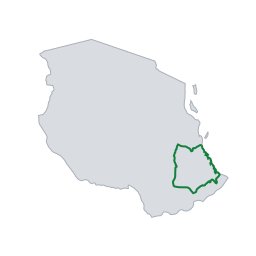 Lindi highlighted on a map of United Republic of Tanzania, rotated 346°
{"feature_id": "TZA-3387", "entity_name": "Lindi", "entity_type": "Region", "adm_level": 1, "iso_a3": "TZA", "parent_name": "United Republic of Tanzania", "parent_adm1": "", "projection": "natural_earth1", "projection_center": [38.938, -9.38], "detail": "fine", "context": "in_parent", "style": "outline", "palette": "green", "viewbox_px": 256, "rotation_deg": 346, "n_neighbors": 0, "source": "natural_earth", "source_scale": "10m", "svg_char_len": 7109}
<svg xmlns="http://www.w3.org/2000/svg" viewBox="0 0 256 256"><g transform="rotate(346 128 128)"><path d="M98.2,182.0L95.7,180.5L93.4,179.6L91.6,178.5L90.7,177.5L89.0,177.2L87.5,177.0L86.1,176.1L83.3,175.7L82.9,175.1L82.9,173.7L82.4,173.4L81.4,173.0L80.2,173.1L79.6,173.3L79.2,173.2L78.2,172.3L77.4,171.3L77.0,169.7L75.7,168.6L74.2,167.8L70.0,167.9L69.4,167.6L68.4,166.8L67.2,165.5L66.3,163.9L65.4,161.8L64.6,158.9L59.7,147.5L59.2,145.4L58.3,143.0L56.7,140.0L55.1,137.9L52.9,135.9L50.4,133.9L49.0,132.6L46.4,127.2L45.9,124.7L45.4,122.1L45.6,121.1L47.2,117.7L47.4,116.8L47.2,115.5L46.4,112.8L45.3,109.6L43.3,103.7L43.0,102.2L43.0,101.1L44.2,95.1L44.2,94.2L49.0,94.3L52.5,91.7L55.5,87.8L56.1,86.1L57.3,83.6L58.6,82.4L59.0,81.5L59.7,79.0L61.3,77.3L62.9,76.0L62.6,75.1L62.8,74.7L63.6,74.1L65.3,73.4L65.6,72.1L65.6,70.6L65.3,69.8L65.4,68.8L65.1,68.3L64.1,68.2L62.4,67.4L61.1,67.1L60.2,66.7L59.8,66.4L59.7,65.5L60.4,63.2L59.7,62.2L61.3,58.4L61.7,58.0L62.3,57.9L63.2,57.5L64.1,57.3L64.8,57.5L65.4,57.3L65.9,56.9L66.3,55.6L66.6,53.4L66.4,51.7L65.7,50.3L65.5,48.3L65.8,45.5L65.6,43.2L64.8,41.3L64.0,40.2L62.8,39.7L60.9,36.9L60.3,35.5L60.5,34.7L61.1,34.3L62.3,34.4L63.4,34.1L64.5,33.3L65.5,33.1L66.1,33.2L114.0,33.2L170.0,69.4L170.3,69.8L170.7,72.9L170.6,74.0L169.8,75.8L169.5,76.7L169.5,77.4L169.7,77.6L170.4,77.7L171.1,78.1L171.3,78.5L171.8,79.8L172.4,80.5L193.7,98.3L194.2,98.5L193.9,100.0L192.7,103.6L192.6,105.1L192.1,106.9L191.7,108.1L190.4,113.1L189.4,115.0L188.0,119.5L187.8,122.9L188.6,125.3L188.8,127.5L190.5,129.7L191.8,130.5L192.7,131.5L194.3,133.8L195.2,136.1L198.0,137.2L199.1,139.8L198.7,141.6L197.4,143.0L196.2,145.4L195.2,148.5L195.1,153.3L195.8,152.6L197.3,153.8L197.5,157.3L196.0,161.4L195.5,163.3L195.4,164.9L196.5,169.8L198.2,172.3L198.1,173.1L197.6,173.8L200.5,178.2L200.3,182.0L201.4,185.0L201.8,187.6L202.6,189.6L202.7,191.0L201.8,192.5L203.9,192.9L205.2,194.1L205.7,195.3L207.3,195.3L208.1,196.1L209.3,196.7L211.9,198.7L212.6,199.7L213.0,200.7L205.8,207.0L203.2,208.6L201.3,209.4L199.3,209.8L197.4,210.8L195.7,212.4L193.4,213.2L190.6,213.2L187.6,214.3L183.0,217.5L180.4,215.7L178.2,215.1L175.8,215.2L174.4,215.4L173.8,215.8L173.4,216.9L173.0,218.7L171.4,220.5L168.6,222.2L166.0,222.8L163.7,222.4L162.1,221.7L161.3,220.7L160.1,220.2L158.4,220.3L156.9,221.0L155.4,222.3L153.1,222.9L149.8,222.7L148.1,222.1L147.8,221.0L146.4,219.7L143.8,218.3L141.9,218.2L140.7,219.6L139.6,220.5L138.6,220.9L137.6,220.9L136.3,220.5L132.8,220.4L129.4,220.4L129.0,218.4L128.3,217.2L127.7,216.4L126.5,216.3L126.2,215.7L125.8,214.4L125.2,213.3L124.4,212.4L124.0,211.6L123.8,210.9L123.9,210.0L124.6,207.9L124.9,206.5L124.8,205.1L124.4,203.6L123.6,201.8L123.7,201.3L123.4,200.1L123.4,199.2L123.5,198.1L123.4,196.8L122.6,193.8L122.6,193.0L121.9,191.6L119.6,188.2L119.5,187.7L116.0,184.3L114.6,183.5L114.1,184.2L113.9,184.8L114.0,185.9L113.9,186.4L113.8,186.7L112.9,186.6L112.4,186.5L111.1,185.6L110.0,185.4L107.4,185.5L106.5,185.7L105.8,185.5L104.4,184.0L102.8,183.6L101.4,183.6L99.0,181.8L98.2,182.0ZM198.3,124.8L199.5,128.5L199.4,129.2L198.5,129.7L198.1,129.7L197.6,129.1L197.2,127.8L196.6,128.1L195.5,126.6L194.5,126.5L193.6,124.7L193.9,123.1L193.7,120.4L194.8,119.1L195.5,116.7L196.2,118.3L196.4,120.8L197.4,123.7L198.3,124.8ZM204.0,102.3L204.1,103.2L203.8,104.0L203.9,106.7L203.8,108.5L202.9,110.9L202.2,111.8L201.6,111.6L201.1,111.2L200.6,110.5L201.5,106.0L201.1,102.7L202.7,103.0L204.0,102.3ZM201.6,156.7L200.8,156.9L200.5,156.7L200.0,155.9L200.8,155.3L201.7,154.1L203.7,152.3L204.6,150.9L204.5,152.3L203.3,155.3L202.4,155.5L201.6,156.7Z" fill="#d9dde1" stroke="#a8b0b8" stroke-width="1"/><path d="M195.1,162.7L195.2,163.0L195.4,163.5L195.4,164.0L195.4,164.5L195.3,165.5L195.4,166.0L195.9,166.6L196.1,167.0L196.2,167.5L196.3,167.9L196.3,169.4L196.2,169.7L196.7,169.9L196.8,170.0L196.9,170.3L197.1,170.3L197.4,170.3L197.5,170.4L197.5,170.7L197.5,171.0L197.7,171.3L197.8,171.5L198.0,171.5L198.3,172.0L198.5,172.6L198.7,172.9L199.1,173.2L199.2,173.4L199.0,173.5L198.8,173.5L198.7,173.4L198.5,173.2L198.4,173.2L198.2,172.9L197.8,172.4L197.6,172.3L197.3,172.3L197.1,172.4L197.0,172.5L196.7,173.0L196.9,173.1L197.8,173.0L197.6,173.3L197.6,173.5L198.0,173.6L198.3,173.7L198.3,173.9L198.2,174.3L198.2,174.7L198.3,174.9L198.4,175.3L198.3,175.5L198.5,175.8L198.4,175.9L198.3,176.1L198.3,176.4L198.4,176.7L198.4,176.8L198.4,177.0L198.6,176.9L198.8,176.8L199.1,176.6L199.3,176.4L199.7,176.7L200.3,177.6L200.6,178.1L200.6,178.7L200.4,179.2L200.4,179.3L200.5,179.5L200.7,179.8L200.7,180.0L200.6,180.3L200.6,180.5L200.6,181.1L200.6,181.3L200.4,181.6L200.1,181.8L199.9,181.8L199.6,181.8L199.4,181.9L199.4,182.1L199.4,182.4L199.4,182.7L199.5,182.6L200.0,182.6L200.1,182.4L200.3,182.4L200.4,182.5L200.5,182.6L200.7,182.8L200.7,183.0L200.8,183.3L201.1,183.7L201.3,184.1L201.4,185.0L201.6,185.3L201.8,185.5L201.6,185.7L201.6,185.8L201.7,186.0L201.8,186.2L202.0,186.4L202.0,186.6L202.0,186.9L202.1,187.3L201.7,187.5L201.4,187.8L201.4,188.0L201.5,188.0L202.1,188.0L202.3,188.2L202.4,188.6L202.5,188.8L202.7,189.0L202.9,189.2L203.0,189.4L203.1,189.9L202.9,190.2L202.7,190.4L202.2,190.3L202.3,190.6L202.8,191.0L202.6,191.2L202.1,191.5L201.6,191.6L201.6,191.8L201.8,192.3L201.8,192.6L201.7,192.9L201.5,193.1L201.3,193.2L201.7,193.2L202.4,192.2L202.7,192.2L202.9,192.3L203.4,192.3L203.7,192.7L203.9,192.7L204.1,192.7L204.3,192.7L204.7,193.1L205.6,194.8L205.6,195.6L205.1,196.0L204.6,196.5L202.1,198.1L201.5,198.3L201.1,198.9L201.0,199.7L200.8,200.4L200.8,200.8L201.2,201.2L201.2,201.9L200.9,202.5L200.4,203.0L199.8,202.6L199.3,201.4L199.1,201.2L198.9,200.9L198.3,199.3L197.2,198.4L196.8,198.4L196.4,198.5L196.0,199.0L195.6,199.3L195.1,199.2L194.9,199.6L194.8,200.4L194.1,200.5L193.9,200.1L193.8,199.5L193.3,199.4L192.7,199.7L191.4,200.5L190.7,200.8L189.5,201.4L189.1,201.7L188.8,202.1L187.8,202.2L187.2,202.0L186.7,201.6L186.2,201.6L185.7,201.9L184.4,202.0L180.3,203.9L179.4,205.0L178.6,206.3L178.1,206.7L175.5,207.0L174.7,205.3L174.4,204.9L174.1,204.4L173.9,203.6L173.5,202.8L173.4,202.4L173.2,202.0L172.8,201.3L172.4,200.9L172.0,200.6L171.3,200.0L162.8,197.7L159.1,196.0L158.4,195.3L158.4,194.0L158.4,192.7L158.5,191.7L158.8,190.7L160.1,189.4L161.3,187.9L161.9,186.8L162.3,185.8L162.5,184.7L163.7,180.4L163.9,179.9L164.1,179.4L164.2,178.3L164.9,177.6L165.8,177.3L165.9,176.6L165.4,175.8L165.6,174.7L165.2,173.6L165.2,173.0L165.0,171.4L165.0,170.9L165.7,169.3L166.1,168.0L166.1,167.6L166.1,167.2L165.8,166.4L165.9,165.9L166.2,165.4L166.5,165.1L166.8,164.7L167.2,163.8L167.5,163.3L167.8,163.2L168.0,163.0L168.1,162.7L168.3,162.4L168.5,161.8L169.0,160.9L169.1,160.7L169.3,160.6L169.6,160.5L169.9,160.4L170.0,160.1L170.0,159.8L170.1,159.6L170.5,159.1L170.6,158.8L170.6,158.7L170.7,158.4L170.8,158.3L170.9,158.2L171.2,157.6L171.4,157.3L171.6,157.1L172.0,156.8L172.1,156.7L172.4,156.2L172.5,156.1L174.6,157.9L175.4,158.5L177.2,159.2L179.1,159.7L179.9,160.2L181.3,161.6L182.1,162.2L183.2,163.4L183.5,165.1L183.7,165.8L184.6,165.9L185.3,165.4L185.6,164.4L186.0,163.6L187.1,163.4L187.4,163.5L187.5,163.7L187.8,163.8L188.7,163.6L190.6,162.9L193.6,162.1L194.3,162.1L194.9,162.6L195.1,162.7Z" fill="none" stroke="#15803d" stroke-width="2"/></g></svg>